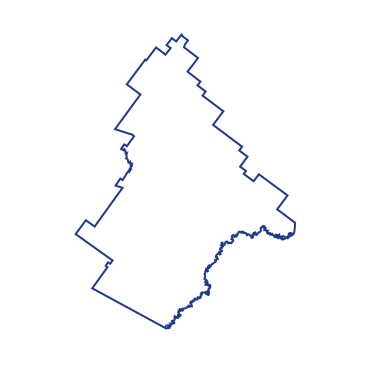 Wentworth, New South Wales, Australia, rotated 299°
{"feature_id": "25037944B48452017149194", "entity_name": "Wentworth", "entity_type": "district", "adm_level": 2, "iso_a3": "AUS", "parent_name": "Australia", "parent_adm1": "New South Wales", "projection": "orthographic", "projection_center": [141.921, -33.671], "detail": "fine", "context": "isolated", "style": "outline", "palette": "blue", "viewbox_px": 384, "rotation_deg": 299, "n_neighbors": 0, "source": "geoboundaries", "source_scale": "gbopen_adm2", "svg_char_len": 6048}
<svg xmlns="http://www.w3.org/2000/svg" viewBox="0 0 384 384"><g transform="rotate(299 192 192)"><path d="M312.1,132.3L314.7,114.9L317.6,114.3L322.7,115.0L323.6,108.2L324.5,107.1L324.6,106.5L316.0,105.2L316.8,99.8L308.2,98.6L307.5,103.6L299.3,102.2L301.0,90.5L284.8,88.2L285.0,86.9L254.5,82.8L252.3,99.6L209.6,94.2L213.0,111.2L213.2,111.3L212.7,114.3L200.5,112.8L200.8,109.7L195.7,109.1L195.2,109.3L195.5,109.7L195.3,110.0L195.5,110.9L195.3,111.7L196.1,111.9L196.1,112.3L196.5,112.2L196.3,112.8L195.5,114.0L194.7,114.2L194.3,115.1L194.6,115.6L193.8,115.4L193.8,116.3L193.1,116.1L192.9,116.5L192.4,116.6L192.0,117.2L190.7,118.1L189.4,118.1L189.5,119.0L189.2,120.1L186.8,122.2L187.0,122.6L188.2,123.1L187.6,123.4L187.7,124.3L187.2,124.0L187.1,124.6L186.8,124.9L187.5,125.1L187.4,126.0L186.0,125.9L185.5,125.5L185.4,125.8L186.1,126.5L185.6,126.8L185.2,126.3L185.0,126.7L182.5,126.3L182.4,127.6L180.2,127.4L180.7,127.1L180.5,126.4L175.9,125.8L175.4,126.0L168.7,125.4L169.0,122.8L160.5,122.1L162.0,129.2L114.6,123.6L115.8,112.8L98.8,110.7L93.6,155.7L89.5,155.2L89.7,152.7L85.6,152.3L85.3,154.5L59.4,151.5L60.1,233.8L61.1,234.0L60.2,234.4L60.1,235.7L60.9,236.4L61.6,236.7L61.7,237.7L62.3,238.2L62.6,237.8L62.2,237.1L63.1,236.6L63.0,235.5L63.4,235.3L64.2,236.2L63.8,237.1L64.1,238.3L64.7,238.3L65.1,237.9L66.0,237.5L66.3,237.0L66.6,238.1L67.0,238.5L68.2,238.4L68.4,238.7L68.0,239.4L68.7,240.1L69.2,239.9L69.5,239.3L69.3,238.2L68.5,237.8L69.1,237.0L69.8,237.1L70.4,238.2L71.7,238.7L72.5,238.5L73.4,237.8L73.4,238.3L73.9,238.5L74.1,237.7L74.9,237.4L74.7,238.0L75.0,238.6L74.0,239.0L74.3,239.2L75.0,239.1L75.0,240.7L75.5,241.0L76.2,240.8L76.7,239.8L77.1,239.6L77.1,240.6L77.4,241.4L78.1,241.8L78.9,241.6L78.9,240.9L78.3,240.3L78.8,240.2L78.9,239.7L79.5,239.5L79.7,238.7L80.1,238.2L80.6,238.2L81.1,238.7L81.7,238.2L81.7,239.1L82.4,239.6L83.1,239.3L83.2,238.5L83.7,238.2L84.2,239.6L83.7,240.6L83.7,241.3L84.2,241.3L84.7,240.2L85.4,240.2L86.3,241.8L87.8,243.2L89.3,243.5L89.2,244.1L89.5,244.3L91.1,244.2L91.2,244.6L90.7,245.7L91.1,245.9L91.6,245.7L92.0,245.9L91.7,246.6L91.9,247.3L92.5,247.0L92.7,246.3L94.0,245.6L94.2,244.2L95.2,244.0L95.6,244.2L95.7,245.2L96.2,245.9L96.5,245.8L96.3,245.1L97.4,245.3L98.1,246.8L98.5,246.7L99.6,245.9L100.0,246.0L100.3,246.5L99.8,247.6L100.0,248.2L100.9,248.7L102.6,248.1L102.5,249.8L103.6,250.7L104.1,250.6L104.2,249.9L105.7,250.4L106.1,250.2L106.2,249.7L107.4,250.2L107.7,249.9L107.8,249.1L108.8,249.2L110.1,251.8L110.9,252.2L109.7,253.4L109.8,253.8L110.9,254.8L110.8,255.3L109.7,255.7L109.7,256.1L110.1,256.4L112.4,255.7L112.7,255.1L112.1,253.9L112.4,253.5L112.8,253.6L113.5,254.5L113.8,254.6L114.6,254.1L115.0,253.4L115.7,253.5L116.3,254.0L117.3,254.3L117.7,254.0L117.9,252.9L118.5,253.5L119.2,253.4L119.5,253.0L119.4,252.5L118.2,252.3L117.9,251.8L118.2,251.2L119.1,250.7L119.2,250.0L118.8,249.2L117.7,249.4L117.4,249.2L117.3,248.8L117.6,248.6L118.4,249.1L119.3,248.4L120.1,249.3L120.7,249.3L120.9,249.0L120.9,248.4L120.0,247.2L120.4,247.2L121.0,247.9L121.6,248.0L122.0,247.3L121.8,246.1L122.1,245.1L124.2,244.6L126.5,242.7L127.6,242.8L128.2,242.4L129.5,242.1L129.7,242.4L129.9,244.0L130.6,244.3L131.6,243.2L131.2,241.8L131.8,241.5L133.2,243.0L133.9,242.8L134.4,242.2L134.8,242.3L134.7,242.6L133.9,243.3L133.9,243.7L134.3,244.0L134.8,243.9L136.3,242.8L136.5,243.1L136.0,244.2L136.2,244.5L136.6,244.5L137.2,243.9L137.6,244.3L138.6,244.4L139.2,244.9L140.0,245.1L141.0,245.8L142.6,246.4L143.5,245.4L143.7,246.2L145.2,245.9L146.0,247.0L146.5,246.2L147.2,245.4L146.8,244.3L148.7,243.9L149.6,244.4L150.5,244.3L151.3,245.6L150.8,246.6L151.7,247.1L152.1,246.7L152.2,245.2L152.7,244.8L154.5,246.8L155.2,246.8L155.4,246.5L155.1,245.6L155.2,244.9L155.5,244.3L156.0,244.0L156.7,244.1L157.5,245.1L158.0,244.7L159.4,245.5L160.3,245.5L160.6,245.2L159.7,244.5L159.5,243.2L160.8,243.3L161.9,242.5L162.3,242.9L162.3,243.3L161.5,243.9L161.0,244.8L161.1,245.6L161.8,246.1L163.0,245.6L164.3,245.6L165.6,246.3L165.7,247.1L165.4,247.6L164.7,247.8L164.6,248.6L164.8,248.9L165.8,249.4L166.3,251.3L167.3,251.1L168.5,251.7L169.9,251.4L170.1,251.1L169.8,249.9L169.9,249.3L171.7,249.7L172.2,248.6L172.7,248.3L174.5,248.9L173.8,251.0L174.5,251.0L174.2,251.6L174.4,252.4L175.6,252.5L175.9,251.6L176.2,251.5L177.6,252.5L179.6,252.2L180.5,253.2L180.4,253.8L180.6,255.4L181.1,255.4L181.4,254.9L182.1,255.8L182.0,256.4L181.2,257.3L182.1,258.3L182.0,259.9L181.2,260.3L180.9,261.1L182.0,261.4L182.6,262.4L182.1,263.6L182.5,264.3L182.5,264.8L180.9,266.0L180.9,266.7L181.2,267.1L182.9,267.0L184.3,265.8L184.9,266.8L186.2,265.9L187.4,267.0L187.2,267.2L186.4,267.1L186.0,267.6L185.6,268.7L185.9,269.5L187.0,269.1L187.7,269.8L189.1,269.9L189.6,270.7L190.5,271.0L192.1,270.8L193.6,269.7L194.1,269.5L194.7,270.1L195.3,270.0L196.9,270.7L197.0,271.6L196.2,271.5L195.8,272.0L196.0,272.9L196.5,273.5L196.3,273.8L195.8,273.9L194.5,273.2L193.7,273.7L194.0,274.1L194.8,273.8L195.2,274.0L195.1,274.3L194.2,274.7L194.4,276.2L194.7,276.8L193.7,276.5L192.5,277.8L192.5,278.1L193.0,278.3L192.6,278.7L192.6,279.1L193.4,279.6L192.6,280.5L192.5,280.8L192.8,281.1L193.8,280.9L193.7,281.5L193.3,282.0L194.1,282.4L193.4,283.0L193.8,283.8L193.4,285.3L192.7,285.8L192.7,286.5L193.0,286.8L193.7,286.4L194.5,286.7L195.2,286.1L195.7,287.5L194.8,287.3L194.5,287.8L193.7,288.3L193.3,289.0L193.3,289.9L194.3,290.5L194.5,289.6L195.0,289.1L196.7,289.3L195.9,290.0L195.7,290.7L194.8,291.9L195.3,292.4L196.6,292.0L197.2,292.7L194.3,293.2L194.1,293.7L194.5,294.2L195.1,293.9L194.9,294.9L195.9,295.4L196.2,295.9L197.2,295.7L197.7,295.0L197.8,295.8L198.2,296.4L197.8,297.4L197.9,298.2L198.3,298.3L199.7,297.5L200.0,298.0L200.1,299.0L201.6,299.1L202.2,300.1L202.7,300.1L202.9,299.8L202.2,298.7L201.9,297.2L202.5,296.9L203.5,297.4L203.9,297.9L204.3,299.2L203.6,300.0L202.9,300.3L203.0,300.7L205.7,301.2L209.7,299.6L215.1,297.1L218.1,274.9L235.3,277.2L239.9,241.9L231.3,240.7L232.9,228.5L236.5,229.0L237.5,221.8L249.8,223.4L251.2,213.2L255.9,213.9L260.9,177.9L277.8,180.3L281.4,154.5L286.5,155.2L287.9,145.1L292.6,145.8L295.1,129.8L312.1,132.3Z" fill="none" stroke="#1e3a8a" stroke-width="2"/></g></svg>